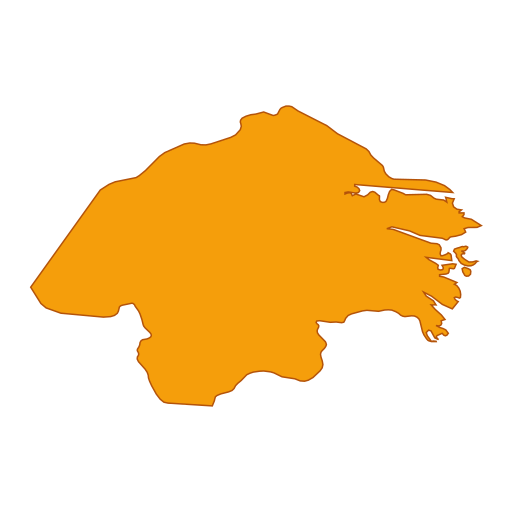 an SVG outline of Östergötland
{"feature_id": "SWE-184", "entity_name": "Östergötland", "entity_type": "County", "adm_level": 1, "iso_a3": "SWE", "parent_name": "Sweden", "parent_adm1": "", "projection": "natural_earth1", "projection_center": [16.243, 58.361], "detail": "fine", "context": "isolated", "style": "filled", "palette": "amber", "viewbox_px": 512, "rotation_deg": 0, "n_neighbors": 0, "source": "natural_earth", "source_scale": "10m", "svg_char_len": 5050}
<svg xmlns="http://www.w3.org/2000/svg" viewBox="0 0 512 512"><path d="M452.7,192.5L416.5,189.6L354.7,184.5L354.7,186.2L357.0,187.0L358.9,188.6L359.7,190.6L358.5,192.5L355.8,193.1L348.3,191.9L345.0,192.5L345.0,194.0L347.2,193.1L349.4,192.7L351.2,193.3L352.3,195.7L355.9,194.0L364.0,196.8L367.7,194.8L370.3,192.2L372.7,191.5L374.8,192.2L378.7,195.5L379.4,195.8L379.5,196.5L379.4,199.6L380.3,201.6L382.3,202.4L384.5,202.3L386.1,201.3L387.4,198.4L388.3,194.8L389.6,191.4L391.6,189.4L394.1,189.9L403.2,193.4L405.6,194.8L426.7,194.3L430.5,195.4L433.9,198.1L436.3,199.2L443.6,200.0L446.8,202.1L446.5,201.0L446.0,198.4L445.6,197.3L451.9,198.7L454.2,198.8L452.4,203.1L453.6,206.8L456.9,209.2L461.5,209.9L459.9,211.2L459.1,211.6L459.1,212.9L464.0,212.9L464.0,214.6L462.3,216.7L464.5,217.9L471.4,219.3L481.3,225.6L477.0,227.4L468.0,227.5L464.1,228.7L465.7,232.1L461.6,234.6L455.6,236.2L451.2,236.8L450.0,237.2L447.9,239.4L446.9,239.9L445.6,239.8L443.2,238.6L442.0,238.2L420.0,235.4L409.6,230.9L391.9,226.8L386.8,228.7L393.2,229.4L431.0,243.2L437.0,243.7L439.3,244.8L441.0,247.8L441.0,249.9L440.4,251.8L440.1,253.8L441.0,255.8L442.5,255.7L445.3,254.7L447.7,253.5L448.1,252.7L450.3,253.9L451.1,255.1L451.8,260.6L426.1,257.3L429.0,259.7L435.6,263.3L438.3,265.3L437.7,267.7L438.1,269.3L440.3,270.0L442.3,269.7L443.2,268.9L443.2,267.4L442.0,265.3L452.6,263.8L456.1,264.3L454.4,268.4L453.4,268.8L450.4,268.3L449.4,268.4L449.2,269.2L449.1,270.6L448.9,272.1L448.2,273.2L446.1,274.0L439.6,274.7L439.6,276.3L443.7,277.0L456.9,282.5L455.1,283.8L454.4,284.2L456.8,285.6L458.8,288.1L460.2,291.2L460.7,294.5L460.4,297.5L459.5,298.1L457.9,297.5L455.7,297.0L454.3,297.6L454.9,299.1L456.5,300.7L458.2,301.6L452.3,308.9L442.3,304.4L431.6,296.2L423.6,292.1L426.2,296.1L433.4,300.8L436.0,304.9L434.8,304.8L432.4,305.0L431.2,304.9L435.2,309.4L441.4,315.0L445.0,319.5L441.2,320.7L441.7,323.6L440.7,325.3L438.7,325.9L436.0,325.5L439.8,327.5L443.0,328.5L445.8,329.9L448.3,333.3L446.9,335.2L445.3,335.8L443.7,335.1L442.2,333.3L437.0,335.6L436.2,337.1L438.5,339.6L434.8,337.9L431.0,330.9L428.6,330.1L426.2,332.6L427.3,335.7L431.3,341.3L433.5,341.0L436.1,341.3L436.2,341.6L431.5,341.6L428.8,340.8L427.9,340.3L427.0,339.3L426.4,338.6L423.9,334.8L422.5,331.6L419.9,320.9L418.8,318.8L416.9,317.1L414.4,316.0L411.6,315.8L404.9,316.6L402.8,316.2L400.7,315.2L398.6,313.3L395.8,311.7L391.8,310.1L388.4,309.8L384.7,310.0L378.6,311.3L366.9,310.3L362.5,310.9L351.5,313.9L348.1,315.5L345.6,318.4L344.8,320.4L343.8,322.2L341.6,322.7L336.1,322.0L330.3,322.3L319.7,320.7L316.8,321.0L316.1,322.4L316.9,323.7L318.2,324.7L318.8,325.8L318.6,327.2L317.6,329.1L317.1,330.9L317.5,332.9L318.8,334.9L325.4,341.7L326.0,343.1L326.4,344.7L325.7,346.5L324.4,348.4L321.9,350.9L320.9,352.4L320.5,354.4L321.0,357.1L322.3,361.1L322.9,364.6L322.2,367.8L320.1,370.8L313.0,377.5L308.3,380.2L304.6,381.2L300.2,380.9L294.9,378.8L282.0,376.8L274.0,372.9L270.7,371.9L263.7,371.0L259.6,371.2L253.3,372.1L250.0,373.2L246.8,374.7L241.2,380.5L237.8,383.3L235.6,385.6L234.0,388.6L232.0,390.5L228.6,391.9L220.8,393.9L217.0,395.5L215.4,396.8L214.7,399.2L214.4,400.7L212.3,405.9L168.0,403.1L163.9,402.2L160.2,399.2L156.3,394.1L151.7,385.8L149.6,381.2L148.5,378.0L148.2,375.1L147.2,372.3L145.1,369.1L138.5,361.7L137.2,359.0L137.4,356.9L138.4,355.4L138.7,354.0L138.4,352.7L137.3,350.7L137.4,349.3L139.0,346.7L139.7,344.9L140.1,342.4L141.1,340.7L142.6,339.7L146.8,339.0L148.6,338.3L149.8,337.6L150.7,336.9L151.3,335.7L151.1,334.2L149.9,332.5L145.1,327.9L143.8,326.2L143.2,324.8L141.9,319.5L140.0,313.9L138.6,311.0L135.1,306.1L134.5,304.7L133.1,303.5L131.9,303.2L122.3,305.2L120.5,305.9L119.4,307.0L118.4,311.1L117.3,313.3L114.5,315.4L110.6,316.6L103.4,317.1L60.9,313.2L46.1,307.9L40.9,303.5L30.7,287.2L100.3,190.0L109.0,184.4L115.2,181.8L136.1,177.6L139.3,175.6L145.4,170.6L159.4,156.5L164.8,152.6L184.2,144.0L189.8,143.0L194.5,143.2L201.0,144.8L205.9,144.9L210.9,143.9L230.7,137.4L235.6,134.9L240.3,129.7L241.3,126.3L240.8,123.6L240.3,122.0L240.6,120.2L242.1,118.2L246.0,116.2L250.9,114.7L255.7,114.1L263.7,112.0L273.2,115.5L275.2,115.1L277.5,114.1L279.8,109.7L280.8,108.4L282.3,107.5L285.9,106.1L289.2,106.1L291.8,106.7L298.1,111.0L326.9,125.7L337.4,133.7L366.2,148.9L368.9,151.5L370.8,155.0L373.5,157.9L382.5,165.6L383.4,167.2L384.3,171.2L385.8,173.8L388.8,176.8L391.8,178.5L394.0,179.2L425.6,180.0L436.0,182.1L444.5,185.6L449.8,189.5L452.7,192.5L452.7,192.5ZM472.7,261.9L476.1,260.9L477.6,261.3L477.0,261.6L476.6,261.7L475.7,262.9L475.1,263.6L473.3,264.9L471.0,265.8L468.0,265.9L464.5,265.1L461.2,263.4L459.0,260.7L458.0,258.5L457.0,257.5L456.3,256.2L456.5,254.7L455.6,253.2L453.6,251.2L454.5,249.1L457.6,248.0L459.2,247.6L461.6,246.7L462.8,246.5L463.5,246.8L465.9,246.2L466.9,246.6L467.8,247.2L467.3,248.5L465.4,250.5L463.4,251.2L461.4,250.9L464.7,253.1L464.4,253.8L462.3,253.8L461.2,255.0L461.7,256.8L464.5,259.2L468.9,262.0L472.7,261.9ZM468.3,268.7L470.2,269.8L470.8,271.3L470.5,274.2L468.6,276.0L466.3,276.2L464.8,275.4L462.8,271.9L462.1,268.7L464.4,267.3L468.3,268.7Z" fill="#f59e0b" stroke="#b45309" stroke-width="1.5"/></svg>